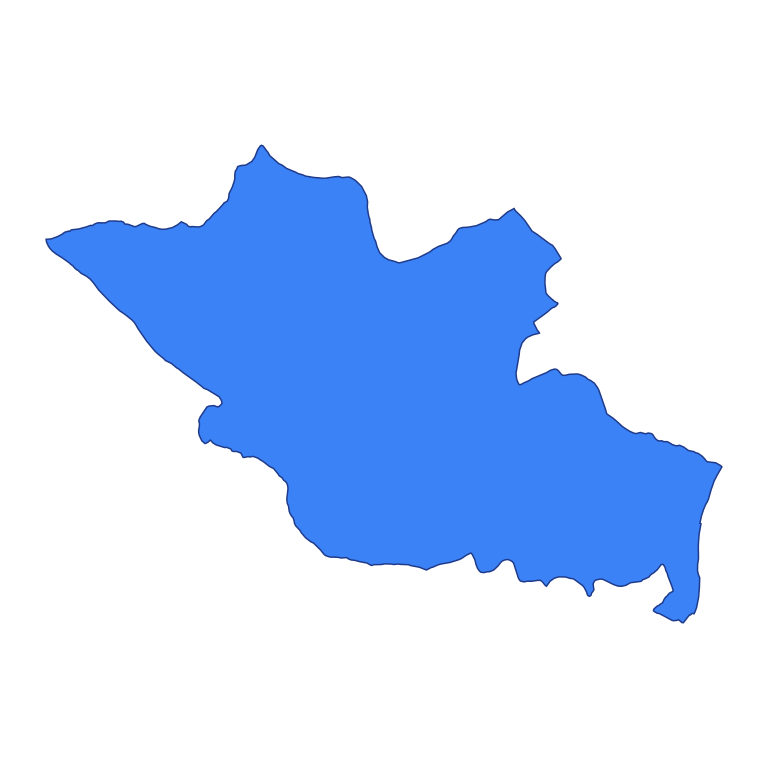 Kerkebet, Anseba, Eritrea
{"feature_id": "51966322B98400180511849", "entity_name": "Kerkebet", "entity_type": "district", "adm_level": 2, "iso_a3": "ERI", "parent_name": "Eritrea", "parent_adm1": "Anseba", "projection": "robinson", "projection_center": [37.597, 16.113], "detail": "fine", "context": "isolated", "style": "filled", "palette": "blue", "viewbox_px": 768, "rotation_deg": 0, "n_neighbors": 0, "source": "geoboundaries", "source_scale": "gbopen_adm2", "svg_char_len": 6100}
<svg xmlns="http://www.w3.org/2000/svg" viewBox="0 0 768 768"><path d="M514.1,208.5L507.4,212.1L498.6,219.7L494.8,220.0L490.1,219.2L488.4,219.8L485.8,221.7L476.4,225.7L468.2,227.2L462.5,227.5L460.1,228.2L458.5,229.0L457.9,229.7L455.4,233.6L453.6,235.6L451.6,239.2L450.3,240.9L447.3,243.2L438.5,246.4L433.3,249.2L429.5,252.1L418.0,257.9L400.3,262.7L398.7,262.9L395.0,261.5L388.6,259.8L384.6,257.6L379.7,252.8L377.1,246.9L375.6,241.3L374.1,238.3L371.9,230.6L371.3,226.8L370.1,222.6L369.7,218.8L369.0,217.2L368.2,213.4L367.3,207.2L367.6,201.7L366.3,195.5L361.6,186.5L356.2,181.1L353.9,179.4L350.1,177.4L348.7,177.0L342.0,177.6L338.8,176.5L334.4,176.8L325.8,178.2L322.4,178.2L313.4,177.4L305.6,176.1L302.0,174.6L298.4,173.7L295.7,172.2L286.7,168.5L282.2,165.2L278.8,163.6L269.7,155.6L268.3,152.9L263.0,145.9L261.5,145.3L260.4,145.8L257.8,149.5L254.8,157.2L251.8,161.5L245.8,165.1L241.1,165.5L238.0,166.4L237.5,167.0L236.4,169.8L235.4,170.8L234.8,174.8L234.8,178.9L234.0,182.0L232.2,187.3L229.6,192.4L229.1,193.7L228.6,198.1L227.6,200.6L226.8,201.4L223.8,203.1L223.6,203.7L220.0,207.7L216.4,211.5L214.0,213.4L209.4,218.8L206.5,220.9L203.5,225.0L200.4,226.6L198.2,227.0L191.7,226.5L190.8,227.0L188.3,226.2L186.5,224.3L181.3,221.8L177.4,224.9L172.3,227.6L165.6,229.2L162.1,229.3L158.6,228.7L155.7,227.6L150.1,226.3L146.0,224.5L144.4,223.4L142.4,223.5L136.3,226.4L134.6,226.7L127.8,224.2L125.0,224.1L123.5,222.2L121.2,221.2L119.2,221.4L115.8,221.0L109.2,221.0L105.2,222.9L97.8,222.8L94.2,224.2L92.7,225.5L90.5,225.4L86.7,226.8L78.6,229.0L71.6,229.8L70.7,230.3L70.0,231.2L68.6,231.1L64.6,232.3L62.3,234.1L57.8,236.5L51.2,238.9L46.1,239.3L46.5,242.0L48.1,245.6L49.7,248.1L52.3,251.0L56.1,254.0L62.5,258.0L69.3,262.9L71.2,264.7L72.6,265.6L75.1,268.4L76.9,269.9L78.1,270.4L81.1,273.3L86.5,276.2L90.3,279.2L93.8,283.3L98.7,290.0L109.3,301.1L119.4,310.6L124.6,314.1L131.9,319.9L133.8,321.9L135.5,324.2L138.3,329.1L146.6,341.1L154.6,350.8L157.5,353.6L163.8,358.7L165.4,360.5L171.4,363.4L176.6,367.8L178.4,368.8L183.6,373.0L196.4,382.2L204.1,388.4L207.4,389.6L219.0,396.7L220.8,399.3L221.9,402.0L221.9,403.5L220.7,405.0L218.7,406.7L216.7,406.7L214.1,405.6L208.9,406.1L206.9,407.0L200.1,417.2L198.9,420.3L198.9,421.6L199.4,423.4L199.4,426.0L198.6,430.4L198.8,433.5L199.5,435.9L201.8,440.8L204.9,443.5L205.3,443.5L207.7,442.4L210.4,440.1L212.8,442.8L216.1,444.9L224.5,447.5L226.9,447.4L231.2,449.2L231.7,450.7L232.7,451.2L233.4,451.5L236.3,451.4L240.8,453.0L243.1,457.4L244.4,457.4L248.2,456.6L249.7,457.0L252.5,456.4L254.7,456.9L258.0,458.2L261.3,460.5L262.9,461.3L269.4,466.4L273.4,468.4L274.2,469.2L278.4,474.4L279.0,475.6L282.0,477.7L283.7,480.2L285.8,481.8L287.0,483.7L287.7,485.7L288.0,488.5L286.8,499.1L287.3,503.4L288.5,506.1L289.2,511.2L289.9,513.2L291.4,515.9L293.1,517.8L294.2,521.2L294.4,523.0L295.6,525.7L299.9,530.3L301.3,532.7L305.6,537.8L310.7,541.7L313.7,543.2L320.4,549.8L323.8,554.1L325.4,555.5L329.4,556.9L331.2,557.1L337.2,557.2L341.4,558.0L346.6,557.6L348.6,559.0L351.4,560.0L354.6,560.3L359.8,561.7L366.9,563.0L371.1,565.4L372.2,565.3L373.6,564.7L381.6,564.5L384.7,563.9L390.8,564.0L394.0,564.5L397.9,564.0L400.8,564.4L408.5,564.7L410.8,565.6L419.3,567.2L426.4,570.0L431.5,567.4L432.7,567.2L438.2,564.8L441.1,564.0L450.2,562.4L459.1,559.6L461.5,558.5L466.5,555.1L470.9,553.0L472.2,554.4L474.8,559.6L476.1,564.7L477.6,568.5L479.8,571.4L481.1,572.3L483.8,572.6L487.4,571.8L489.5,571.7L493.6,570.1L497.8,566.2L500.5,562.7L502.1,561.1L504.9,559.9L506.7,559.6L508.7,559.7L511.8,561.2L513.6,563.1L518.2,577.5L519.0,579.3L520.4,581.0L523.9,581.9L527.4,581.2L531.2,581.3L538.1,580.3L540.5,580.4L542.2,581.6L545.5,585.7L546.5,586.2L550.1,581.2L554.3,578.2L558.6,576.9L565.6,577.0L570.3,578.4L573.6,578.9L581.6,584.8L583.2,586.1L584.5,588.0L586.7,592.4L587.4,594.9L588.4,595.9L589.4,596.3L590.9,595.5L591.7,592.9L593.0,591.4L593.9,589.8L593.2,584.9L593.3,583.4L594.5,581.0L595.8,580.1L600.2,579.0L603.1,579.4L613.7,584.6L618.1,586.1L621.5,586.3L625.9,585.3L630.6,582.7L640.7,581.4L641.9,580.7L643.1,579.4L644.6,579.1L648.9,577.0L650.2,575.3L651.8,573.9L653.5,573.0L657.2,569.8L660.8,565.1L661.7,564.5L662.8,564.3L663.5,564.8L665.1,567.5L665.8,570.5L667.1,573.0L667.9,576.0L672.3,587.4L673.2,590.7L672.5,591.6L669.4,593.2L666.5,596.6L665.6,597.1L664.1,599.4L662.6,602.7L659.8,604.5L659.2,605.2L657.0,606.2L654.0,608.9L653.4,610.6L654.2,611.5L657.1,613.2L659.2,613.5L672.1,620.4L673.3,620.7L677.0,620.4L678.6,619.7L681.9,622.6L683.4,622.7L689.2,615.2L690.7,614.8L691.8,613.4L693.0,613.5L693.9,613.9L695.0,611.9L696.6,607.5L698.6,597.2L699.4,587.4L699.7,577.8L698.3,574.3L697.5,570.7L697.6,564.7L698.5,558.5L698.3,546.4L698.5,542.0L699.2,533.6L701.0,523.7L699.9,523.3L701.5,515.7L703.6,509.4L705.3,505.2L707.3,501.7L708.5,498.9L711.2,489.4L714.2,480.9L717.2,475.1L721.9,466.9L720.7,465.6L715.7,462.8L707.4,461.8L705.8,460.5L705.0,459.2L702.3,456.3L698.0,453.3L695.8,452.8L693.8,451.6L688.4,450.5L683.8,447.1L679.6,445.3L676.3,445.9L672.6,444.7L667.8,441.9L666.4,441.6L663.6,441.7L662.4,440.9L658.9,440.9L658.0,440.6L656.5,439.7L654.7,437.7L652.7,434.5L651.4,433.6L648.4,433.0L645.5,433.8L640.5,432.5L636.0,433.6L634.0,433.2L629.9,431.4L625.5,428.7L622.1,426.3L616.5,421.1L612.9,418.1L607.2,414.2L606.7,413.6L605.3,408.7L598.9,390.3L597.5,387.6L594.4,383.2L590.4,380.4L588.0,379.3L585.4,377.0L581.5,375.1L578.2,374.1L576.8,374.0L569.4,374.3L565.4,375.3L562.9,375.3L561.5,374.5L558.1,370.4L556.4,369.3L554.3,369.1L550.4,370.3L546.8,372.5L532.2,378.6L528.4,380.9L523.2,383.2L521.6,384.2L519.9,384.7L519.1,384.5L517.7,382.0L516.6,378.8L516.0,373.2L519.1,355.0L519.6,350.2L522.1,342.9L525.7,338.6L528.1,336.9L532.9,334.8L539.4,333.2L539.1,332.4L537.2,330.0L533.8,323.3L533.9,321.9L546.6,312.6L551.0,308.8L552.4,307.8L554.4,307.1L556.3,305.7L557.9,303.8L557.5,302.8L556.7,302.7L554.4,301.3L550.4,297.9L547.7,295.3L546.0,293.0L544.9,283.3L545.1,276.9L545.7,273.1L547.0,271.2L551.0,266.9L554.9,263.5L557.9,261.7L560.2,259.7L560.9,259.1L561.0,258.4L555.3,249.0L552.5,245.3L549.4,243.6L537.0,234.3L532.1,231.2L525.0,220.8L521.5,216.7L515.2,210.5L514.1,208.5Z" fill="#3b82f6" stroke="#1e3a8a" stroke-width="1.5"/></svg>